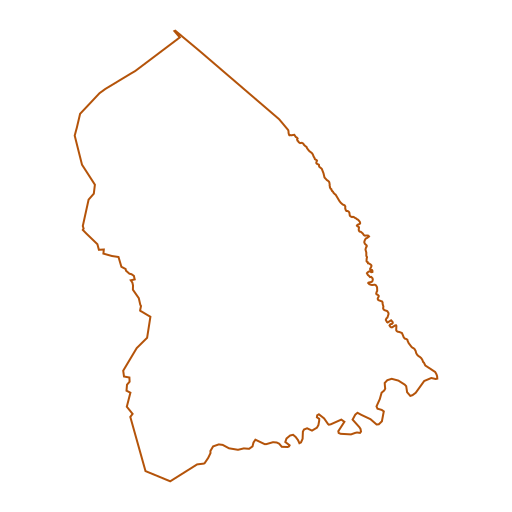 San Jacinto Tlacotepec, Oaxaca, Mexico
{"feature_id": "50627088B78980153949014", "entity_name": "San Jacinto Tlacotepec", "entity_type": "district", "adm_level": 2, "iso_a3": "MEX", "parent_name": "Mexico", "parent_adm1": "Oaxaca", "projection": "mercator", "projection_center": [-97.345, 16.506], "detail": "fine", "context": "isolated", "style": "outline", "palette": "amber", "viewbox_px": 512, "rotation_deg": 0, "n_neighbors": 0, "source": "geoboundaries", "source_scale": "gbopen_adm2", "svg_char_len": 4889}
<svg xmlns="http://www.w3.org/2000/svg" viewBox="0 0 512 512"><path d="M425.3,365.5L423.9,362.6L423.2,362.1L422.3,359.8L421.2,358.1L419.7,356.8L418.5,356.1L417.1,354.7L416.2,353.1L415.6,350.9L414.5,349.0L413.4,348.1L412.6,347.8L411.6,347.0L408.7,343.2L407.6,340.8L407.4,339.8L406.5,339.1L404.8,338.6L403.7,337.3L402.9,335.2L401.9,333.0L399.4,332.0L397.7,331.7L396.9,331.2L396.3,330.5L396.2,329.6L396.4,326.0L396.1,325.3L395.3,325.3L393.9,326.2L392.2,327.3L391.2,327.3L390.3,326.7L389.5,325.5L390.0,324.6L390.7,324.1L391.8,324.0L392.8,322.9L392.5,321.8L391.1,320.3L388.7,321.8L387.7,322.5L387.0,322.1L385.8,319.9L386.4,318.4L387.4,317.6L388.5,314.2L388.5,313.1L387.5,311.4L387.0,311.0L384.6,310.2L383.6,309.5L383.1,308.2L383.4,306.6L382.6,303.8L382.6,302.5L382.1,301.5L378.6,300.2L377.9,299.6L377.7,298.6L378.0,297.8L378.7,296.6L378.7,295.8L377.7,294.8L376.5,294.3L376.2,293.6L376.6,292.0L377.2,290.9L377.1,287.8L377.0,287.1L376.1,285.6L375.8,285.2L374.7,284.7L372.4,285.0L371.3,284.9L369.3,284.2L368.2,283.0L368.5,282.6L370.2,282.2L371.3,282.0L371.4,281.9L372.2,281.5L372.6,280.6L372.8,279.2L372.4,278.1L371.2,276.9L370.0,277.1L369.2,276.1L367.8,274.9L366.9,273.2L367.6,272.4L368.7,271.6L369.9,271.3L371.3,272.2L372.4,272.0L372.5,271.0L372.0,270.0L370.4,269.8L370.1,269.3L370.1,268.8L371.1,267.1L371.5,265.9L371.3,265.2L370.6,264.5L368.8,263.4L368.0,263.3L367.8,262.2L366.9,261.8L366.5,261.1L366.7,258.4L367.0,257.4L366.9,256.8L366.3,255.9L366.3,252.5L365.5,249.7L365.6,248.9L366.2,247.0L366.7,246.6L366.7,245.5L364.9,243.8L364.3,242.4L364.3,241.9L364.8,240.2L365.8,238.5L367.2,237.9L369.0,236.5L368.4,235.7L367.6,235.5L364.6,235.6L363.8,235.0L363.2,234.1L362.6,233.3L360.8,231.8L359.6,231.6L358.9,230.7L358.7,229.6L359.0,227.5L358.7,226.9L357.6,226.4L356.9,225.7L357.3,225.0L358.1,224.5L359.3,224.1L360.1,223.5L360.1,222.7L359.8,221.8L358.7,220.4L357.6,219.4L356.9,219.2L356.1,218.4L355.0,217.9L353.7,217.0L352.9,216.8L352.1,217.1L351.3,216.8L350.1,216.0L349.8,215.6L349.3,212.5L348.8,211.8L348.0,211.2L347.3,211.0L346.4,211.0L345.5,209.6L345.5,209.1L345.2,208.4L345.3,206.4L344.5,205.2L343.3,204.8L342.6,204.4L340.7,202.7L339.4,201.0L335.6,194.6L334.7,194.1L334.2,193.4L333.7,193.1L332.9,191.6L332.1,191.1L332.0,190.6L331.5,190.0L331.3,189.1L330.5,188.6L329.9,187.3L330.0,187.0L329.6,185.6L329.7,184.7L329.4,182.8L329.2,182.1L328.8,181.5L327.9,180.7L327.0,180.2L325.8,178.9L324.5,177.5L323.5,173.3L321.8,168.9L321.3,168.4L319.3,166.8L319.1,166.3L318.9,164.7L316.9,163.8L316.4,163.3L316.3,162.6L316.5,161.9L316.9,160.9L317.0,160.7L316.6,160.1L314.9,159.2L314.4,157.7L313.7,156.7L312.9,154.6L312.1,153.3L310.3,151.8L309.6,151.4L308.3,149.9L307.1,148.3L306.5,146.9L305.3,146.1L304.5,145.3L303.9,144.8L303.8,144.4L303.1,143.5L301.8,142.8L300.1,143.1L298.7,142.2L298.2,141.2L297.5,140.7L297.1,139.4L297.6,138.5L296.9,137.6L295.8,137.0L294.3,134.8L291.1,135.3L290.0,135.0L289.6,135.3L289.3,135.2L288.7,133.7L288.5,132.1L288.5,131.2L288.2,130.1L286.8,128.4L279.1,119.2L199.6,51.0L175.3,30.7L174.4,31.1L179.8,37.4L135.1,71.1L130.6,73.7L105.4,88.9L99.5,93.2L93.4,99.7L80.1,113.8L76.8,127.8L76.0,130.7L74.7,135.6L78.5,150.8L82.0,164.7L94.9,184.7L93.8,193.7L88.6,199.6L82.8,226.0L83.6,228.6L82.8,229.9L86.3,233.5L97.4,244.2L98.9,249.8L103.8,249.5L103.4,253.6L111.9,256.0L118.5,257.0L121.4,266.8L125.6,269.0L126.0,270.7L129.4,273.7L131.5,274.2L133.9,275.9L134.7,279.4L130.8,280.3L131.9,281.9L132.4,282.7L133.0,285.4L132.9,289.7L138.8,298.2L140.3,304.8L141.0,306.0L140.1,310.4L140.5,311.1L141.2,311.3L150.4,316.8L147.1,337.8L136.7,348.1L123.2,370.7L124.0,376.5L129.4,377.5L129.6,381.7L127.0,384.7L126.5,390.7L130.4,392.7L126.8,406.7L132.6,413.9L130.3,416.9L145.5,471.1L170.2,481.3L197.1,464.4L203.8,463.6L204.6,463.2L208.2,457.9L210.5,453.1L210.4,451.0L213.1,446.4L218.8,444.4L222.7,444.9L229.0,448.3L238.0,449.8L243.8,448.4L249.1,448.8L252.5,446.4L253.5,442.5L255.4,439.7L264.6,444.1L266.4,444.1L273.0,442.2L276.7,442.5L279.2,443.7L281.8,446.8L287.7,447.0L289.0,446.4L289.6,445.3L285.3,442.0L286.5,438.5L290.1,435.5L293.1,434.8L295.7,437.0L298.0,440.1L299.4,443.2L301.0,442.4L302.6,438.8L302.9,431.6L304.0,429.5L307.1,428.3L312.0,430.6L316.9,427.7L318.4,425.1L319.2,420.7L319.2,418.8L316.9,417.3L317.2,415.3L318.9,414.3L324.1,418.4L328.0,424.0L328.8,424.7L330.8,424.3L341.3,419.6L344.4,421.8L338.3,431.2L338.7,433.0L340.6,433.8L351.0,434.4L355.2,432.9L357.0,432.5L360.0,432.9L361.0,431.6L360.5,428.9L359.4,427.2L352.6,419.6L355.3,414.6L357.5,412.8L361.2,414.8L370.5,419.2L376.6,424.5L378.8,424.3L381.9,421.3L383.3,413.9L383.8,411.4L381.7,409.9L377.5,408.7L376.5,406.4L379.8,399.1L381.6,392.7L384.2,390.5L385.2,388.7L384.9,385.8L384.7,383.0L387.3,380.2L391.7,378.8L398.4,380.6L404.7,384.6L406.2,386.2L407.1,392.2L410.3,395.9L412.6,395.1L415.7,392.8L424.2,381.0L431.3,378.0L435.7,379.0L437.3,378.6L437.1,376.2L436.5,374.4L435.2,372.0L425.3,365.5Z" fill="none" stroke="#b45309" stroke-width="2"/></svg>